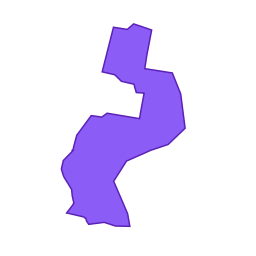 the district of Bayramaly, Mary, Turkmenistan, rotated 13°
{"feature_id": "10190150B50405020357004", "entity_name": "Bayramaly", "entity_type": "district", "adm_level": 2, "iso_a3": "TKM", "parent_name": "Turkmenistan", "parent_adm1": "Mary", "projection": "natural_earth1", "projection_center": [62.18, 37.598], "detail": "fine", "context": "isolated", "style": "filled", "palette": "violet", "viewbox_px": 256, "rotation_deg": 13, "n_neighbors": 0, "source": "geoboundaries", "source_scale": "gbopen_adm2", "svg_char_len": 851}
<svg xmlns="http://www.w3.org/2000/svg" viewBox="0 0 256 256"><g transform="rotate(13 128 128)"><path d="M72.3,182.9L75.3,188.2L76.9,190.5L85.2,198.8L85.3,199.1L86.9,200.6L88.9,206.6L92.2,213.5L91.6,214.6L91.7,215.0L87.3,224.6L105.1,224.6L105.9,225.3L107.1,225.3L108.4,227.8L111.4,230.7L126.0,225.3L138.0,226.3L151.9,223.4L146.9,211.6L126.0,183.1L134.0,160.5L154.9,144.8L156.8,143.6L170.8,135.0L183.7,115.4L171.7,83.0L158.8,64.4L131.0,66.4L130.0,53.6L129.0,27.2L110.1,25.3L105.1,32.1L91.2,33.1L90.2,79.1L103.1,79.1L111.1,84.0L124.0,84.0L125.4,86.8L128.1,91.6L135.5,90.4L135.5,90.9L135.9,90.9L136.7,109.4L137.1,116.1L136.9,116.1L136.9,116.3L104.3,118.3L100.7,122.5L100.1,123.2L100.0,123.3L93.4,123.8L89.4,124.2L79.7,146.6L79.3,157.6L79.3,161.5L78.8,162.1L79.6,162.2L72.3,174.2L72.3,182.9Z" fill="#8b5cf6" stroke="#5b21b6" stroke-width="1.5"/></g></svg>